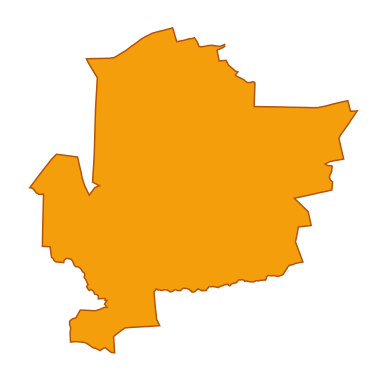 the district of Gilgil, Rift Valley, Kenya, rotated 92°
{"feature_id": "3690345B90072985927430", "entity_name": "Gilgil", "entity_type": "district", "adm_level": 2, "iso_a3": "KEN", "parent_name": "Kenya", "parent_adm1": "Rift Valley", "projection": "mercator", "projection_center": [36.311, -0.527], "detail": "fine", "context": "isolated", "style": "filled", "palette": "amber", "viewbox_px": 384, "rotation_deg": 92, "n_neighbors": 0, "source": "geoboundaries", "source_scale": "gbopen_adm2", "svg_char_len": 5954}
<svg xmlns="http://www.w3.org/2000/svg" viewBox="0 0 384 384"><g transform="rotate(92 192 192)"><path d="M105.1,29.7L105.2,30.3L105.5,32.0L105.7,36.4L95.3,39.5L97.1,46.6L99.1,53.9L101.5,61.7L103.3,69.3L103.5,74.3L103.6,81.9L103.7,89.6L103.9,97.1L103.9,104.2L104.0,111.6L104.2,119.1L104.3,126.3L104.5,132.9L102.1,132.9L93.1,132.9L85.2,132.9L81.0,132.9L80.0,133.4L79.7,135.6L80.5,137.3L80.6,139.0L80.8,140.1L80.0,141.6L79.5,142.5L79.1,142.9L78.1,144.0L77.8,144.6L77.5,145.3L76.7,146.8L76.1,148.3L75.8,148.9L75.5,149.7L74.7,151.6L73.6,152.8L70.4,150.3L69.6,152.8L63.8,160.1L59.2,162.5L59.6,165.5L60.1,169.4L55.1,170.6L49.3,171.9L48.4,170.0L46.6,166.1L45.4,164.5L43.5,164.6L44.5,167.1L45.4,168.6L45.4,170.7L45.1,174.3L44.6,176.6L44.9,179.0L45.1,181.2L45.7,183.1L46.1,185.1L46.6,187.9L46.3,190.2L42.3,191.7L37.8,194.9L38.6,197.3L38.8,199.0L39.3,201.3L40.1,203.6L40.8,205.9L42.3,212.5L28.6,217.1L29.4,219.4L30.3,222.5L31.5,226.4L32.9,231.4L34.7,237.2L38.5,244.2L40.9,248.0L45.4,253.5L47.3,256.0L48.7,258.0L50.3,259.8L53.2,263.4L55.2,266.5L59.2,272.6L60.5,274.9L60.9,277.6L61.1,278.3L61.2,279.1L61.3,280.7L61.3,281.5L61.6,285.3L61.6,286.2L61.9,291.0L62.1,295.2L62.3,297.8L62.5,300.3L62.6,302.2L67.0,299.8L81.1,290.6L112.9,291.3L158.1,291.0L173.6,291.4L185.6,291.7L189.0,284.7L191.1,289.4L198.8,294.6L189.0,299.7L185.6,300.9L181.6,302.3L176.3,303.5L168.4,305.7L164.5,306.7L161.0,307.6L159.0,328.8L164.8,334.0L167.1,335.6L179.6,344.7L193.4,354.3L193.8,351.6L195.6,349.6L198.1,347.8L199.8,344.8L199.5,342.1L199.4,340.3L237.1,339.9L251.5,339.6L251.7,331.9L262.0,330.2L263.6,328.4L265.5,327.2L266.6,325.6L266.7,323.3L266.8,320.3L267.1,317.8L264.4,317.3L262.8,315.4L262.9,312.9L263.4,310.5L265.2,309.0L267.4,307.9L269.4,307.0L270.7,305.5L270.7,303.3L271.7,301.6L273.2,300.0L275.5,298.6L276.6,296.8L278.3,296.3L279.0,296.3L280.4,296.7L281.1,296.7L281.9,296.2L283.5,294.9L285.6,294.0L288.2,292.7L290.3,294.0L292.3,292.8L293.9,291.3L293.0,289.0L294.4,287.3L296.0,286.3L297.5,285.7L297.8,283.6L299.2,282.0L302.1,281.9L301.8,279.8L301.6,277.3L301.5,275.2L303.3,275.1L303.3,273.2L305.3,274.4L307.2,275.6L308.2,274.4L310.2,272.9L310.4,275.7L312.0,278.9L314.1,284.4L313.9,294.2L313.9,299.6L318.1,301.7L321.9,303.7L322.3,305.3L323.3,307.6L325.3,309.7L327.1,309.8L328.8,309.7L330.5,308.9L333.2,308.5L336.7,309.0L341.9,308.5L346.2,308.2L345.8,304.9L345.6,303.0L345.8,298.2L345.9,296.2L346.2,294.3L346.7,292.5L351.3,285.0L351.5,282.8L353.7,278.3L352.0,276.1L351.6,275.5L351.2,274.8L350.6,273.2L351.8,271.7L353.6,269.4L355.2,267.0L355.4,263.7L351.8,264.1L339.1,265.3L335.4,260.9L330.3,254.5L329.9,252.5L329.6,249.4L328.3,235.9L327.9,230.9L326.7,219.6L322.5,221.9L321.5,222.4L320.5,222.9L314.2,223.8L312.2,224.1L311.5,224.2L304.3,225.2L293.3,226.5L292.3,226.0L291.6,225.1L290.5,224.9L290.2,224.2L290.3,223.3L291.0,222.9L291.2,222.0L290.8,221.2L291.3,219.9L291.4,219.0L291.4,218.2L291.2,217.7L290.9,216.9L290.6,216.1L290.8,215.2L290.8,214.4L290.9,213.3L291.7,211.7L292.4,210.7L292.6,210.0L292.4,208.8L292.0,208.2L291.5,207.4L290.9,206.6L290.2,205.2L290.3,204.4L290.8,203.4L291.1,202.4L291.0,201.1L291.0,200.3L290.2,199.1L289.6,198.8L288.9,198.3L288.4,196.8L288.5,196.0L288.6,195.1L288.7,194.4L288.7,193.7L289.0,192.7L289.1,191.9L289.3,191.4L289.8,191.0L290.4,190.6L290.8,190.1L290.8,189.3L291.5,188.9L292.1,188.4L291.9,187.7L291.9,186.8L291.6,186.1L291.1,185.4L290.6,184.7L289.7,183.8L289.0,183.1L288.5,182.4L289.0,181.9L289.2,181.2L289.4,180.6L289.7,180.1L290.4,178.6L290.2,177.9L290.1,176.9L290.1,176.1L289.9,175.3L290.1,174.7L289.5,174.1L288.6,173.7L287.6,172.9L287.0,172.3L286.4,172.0L286.0,171.6L286.0,170.8L286.1,170.0L285.9,169.2L285.8,168.3L285.6,167.7L286.0,166.9L285.9,166.3L286.0,165.6L286.3,163.8L286.4,163.1L286.6,162.3L286.1,161.6L285.6,160.9L285.2,160.3L285.0,159.5L284.6,158.9L284.5,158.2L284.3,157.4L283.7,156.4L283.5,155.5L283.1,154.8L283.2,154.2L283.2,153.6L282.9,153.0L284.1,151.9L284.4,151.3L284.3,150.7L283.8,150.1L283.0,149.8L282.4,148.9L282.1,148.1L281.8,147.4L281.6,146.5L281.3,145.7L281.2,145.0L281.1,144.3L280.4,144.0L279.8,143.7L279.5,143.1L278.3,142.3L278.1,141.5L278.3,140.5L278.0,139.7L277.8,139.2L278.0,138.3L278.5,136.8L279.4,136.2L279.2,135.3L279.1,134.6L279.3,133.6L279.4,132.4L279.5,131.6L279.8,130.8L279.6,129.6L279.7,129.0L279.8,128.3L279.8,127.5L279.3,126.7L279.0,126.0L278.9,125.4L278.4,125.0L278.5,124.3L278.5,123.7L278.6,123.0L278.5,122.2L278.2,121.5L278.0,120.9L277.8,120.2L277.9,119.2L277.6,118.2L277.6,117.2L277.2,116.5L277.6,115.8L277.0,115.1L276.1,114.9L275.5,114.7L274.8,114.5L273.9,114.7L273.6,114.1L273.3,113.5L272.9,112.8L272.7,111.8L273.0,110.5L273.0,109.5L272.9,108.6L272.7,107.5L272.7,106.7L272.9,105.7L273.1,104.9L273.2,104.3L273.4,103.6L273.3,102.6L272.9,101.7L272.6,101.1L272.4,100.5L272.1,99.8L271.7,99.0L271.5,98.4L270.7,97.8L269.9,97.3L269.3,96.9L268.5,96.5L267.8,96.1L267.1,95.6L266.2,95.2L265.6,94.7L264.9,94.2L264.3,94.0L263.6,93.7L262.7,93.0L262.2,92.3L261.7,91.8L261.4,90.6L261.4,89.6L261.1,88.8L260.9,88.2L260.5,87.6L260.1,87.0L259.8,86.5L259.7,85.9L259.6,85.1L259.3,84.2L259.1,83.5L259.0,82.8L258.8,82.2L258.7,81.5L258.5,80.5L258.3,79.5L258.1,78.7L245.0,84.1L238.7,86.7L238.0,86.8L229.9,85.4L224.6,84.7L224.0,84.6L223.3,84.6L221.3,71.7L207.6,75.2L194.7,89.5L193.3,84.0L191.9,78.6L190.6,73.5L189.2,68.0L188.6,65.8L187.9,63.2L186.7,58.1L185.1,52.3L177.2,51.8L175.3,54.0L174.6,54.4L173.8,54.7L173.0,55.0L172.4,55.2L171.7,55.1L171.0,54.7L170.2,54.7L168.0,53.7L167.2,53.5L166.6,53.2L165.9,53.0L165.0,53.2L164.3,53.1L163.4,52.9L162.6,52.9L161.8,52.7L161.2,53.0L160.9,53.5L160.7,54.4L160.9,55.4L160.9,56.2L160.8,56.8L160.7,57.4L160.4,58.0L160.0,58.8L159.4,59.9L157.2,56.0L156.9,55.4L156.6,54.7L156.4,53.4L156.2,52.7L155.8,51.1L155.7,50.5L155.5,49.9L155.3,48.7L155.0,47.2L154.1,43.1L153.9,42.4L153.8,41.6L151.6,42.1L148.5,43.0L145.1,43.9L141.3,45.0L139.2,45.5L136.9,46.1L133.6,47.1L129.9,45.6L127.7,44.1L121.7,40.1L117.5,37.3L114.5,35.7L112.3,34.2L105.1,29.7Z" fill="#f59e0b" stroke="#b45309" stroke-width="1.5"/></g></svg>